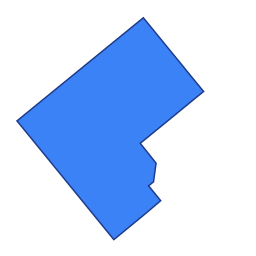 Toay, La Pampa, Argentina, rotated 50°
{"feature_id": "61730980B2132713179088", "entity_name": "Toay", "entity_type": "district", "adm_level": 2, "iso_a3": "ARG", "parent_name": "Argentina", "parent_adm1": "La Pampa", "projection": "equal_earth", "projection_center": [-64.55, -36.621], "detail": "fine", "context": "isolated", "style": "filled", "palette": "blue", "viewbox_px": 256, "rotation_deg": 50, "n_neighbors": 0, "source": "geoboundaries", "source_scale": "gbopen_adm2", "svg_char_len": 633}
<svg xmlns="http://www.w3.org/2000/svg" viewBox="0 0 256 256"><g transform="rotate(50 128 128)"><path d="M53.4,45.4L52.8,88.6L52.0,148.3L51.6,175.0L51.2,208.5L69.6,208.7L204.4,210.6L204.8,172.0L204.8,169.8L204.7,149.9L204.7,149.7L186.2,149.4L185.5,149.4L185.6,144.0L185.6,143.0L178.3,135.0L178.2,134.9L173.1,129.2L172.9,129.1L149.1,128.5L147.6,128.5L147.8,112.3L147.8,109.9L148.0,98.0L148.2,80.8L148.2,78.9L148.4,59.4L148.6,47.1L148.6,46.6L147.8,46.6L145.5,46.6L144.8,46.6L141.2,46.5L135.7,46.5L128.9,46.4L121.0,46.3L110.4,46.1L108.4,46.1L90.6,45.9L84.0,45.8L53.4,45.4Z" fill="#3b82f6" stroke="#1e3a8a" stroke-width="1.5"/></g></svg>